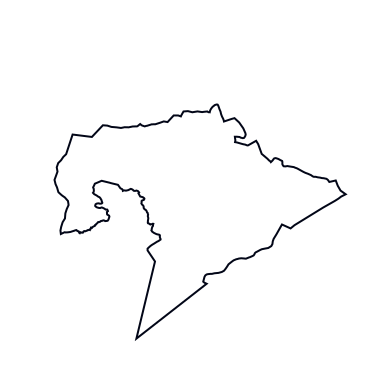 Huautla de Jiménez, Oaxaca, Mexico, rotated 63°
{"feature_id": "50627088B6515753474498", "entity_name": "Huautla de Jiménez", "entity_type": "district", "adm_level": 2, "iso_a3": "MEX", "parent_name": "Mexico", "parent_adm1": "Oaxaca", "projection": "orthographic", "projection_center": [-96.809, 18.147], "detail": "fine", "context": "isolated", "style": "outline", "palette": "ink", "viewbox_px": 384, "rotation_deg": 63, "n_neighbors": 0, "source": "geoboundaries", "source_scale": "gbopen_adm2", "svg_char_len": 5895}
<svg xmlns="http://www.w3.org/2000/svg" viewBox="0 0 384 384"><g transform="rotate(63 192 192)"><path d="M264.8,68.9L264.4,64.5L263.8,61.2L263.8,56.1L258.2,59.0L252.6,59.3L247.0,58.7L245.4,65.1L244.6,65.2L243.2,65.4L242.8,65.5L241.9,65.9L241.3,66.2L240.5,67.2L239.5,68.4L238.6,69.9L237.3,71.4L236.0,73.3L234.6,74.9L233.8,76.5L233.2,77.1L232.2,77.7L231.0,78.3L228.3,80.5L226.5,82.2L224.8,83.5L222.9,84.8L219.6,87.0L218.5,87.8L216.8,89.4L216.1,89.9L212.9,94.3L212.2,95.2L211.6,97.1L211.0,98.2L210.6,98.7L209.4,98.9L208.4,98.9L207.7,98.6L206.8,98.1L205.9,97.7L205.3,97.6L205.1,97.8L204.4,98.2L204.0,98.6L203.7,98.8L202.7,99.4L201.5,100.3L199.9,101.9L199.6,102.5L199.4,103.6L199.7,104.4L200.0,104.9L200.6,106.2L201.2,108.2L200.2,108.3L198.9,109.0L196.6,109.7L189.7,112.6L179.4,111.3L175.5,111.6L175.9,120.9L175.5,121.7L173.9,123.1L172.6,124.8L170.0,127.6L168.3,129.4L167.1,131.0L165.5,129.8L164.1,129.4L162.2,128.7L162.6,127.9L162.9,127.3L164.6,124.6L165.6,124.0L167.0,122.4L167.4,121.4L167.4,121.1L166.8,119.9L166.4,119.3L166.1,118.9L165.2,118.1L163.8,117.7L158.6,117.4L151.5,118.4L145.5,120.6L144.9,123.5L143.7,131.5L142.6,131.2L141.0,131.0L138.3,131.0L135.7,130.7L133.4,130.1L130.6,129.9L128.6,129.6L126.8,129.4L125.8,129.5L125.3,130.1L125.0,131.4L124.9,132.5L125.2,133.5L125.4,134.8L125.8,135.8L126.6,137.4L127.6,138.8L129.0,140.0L128.8,140.2L128.3,141.2L127.2,141.8L126.0,144.9L125.4,146.7L122.7,150.5L121.1,155.5L118.1,158.9L116.4,163.0L118.7,166.5L119.6,167.6L117.5,169.6L115.5,173.6L118.6,182.0L116.3,185.1L115.8,189.0L115.0,193.9L113.4,197.2L112.6,202.0L112.3,202.8L112.1,204.3L110.9,205.5L109.7,206.6L107.9,207.3L108.6,210.6L108.6,211.1L106.7,215.1L105.6,219.1L103.7,222.6L102.7,226.2L100.2,229.8L97.4,234.3L94.4,237.3L92.1,241.1L97.5,256.2L86.6,272.3L101.2,287.0L102.3,290.7L104.3,294.3L105.5,298.1L108.6,301.3L112.8,302.6L116.1,306.1L118.8,309.0L123.0,310.0L126.7,310.2L130.8,311.0L131.6,311.1L134.8,309.9L135.8,309.5L137.4,308.7L139.0,307.8L143.7,306.6L145.9,307.3L147.6,307.9L150.4,311.4L153.5,314.5L157.9,317.2L160.2,321.0L163.7,324.4L166.6,326.7L169.9,327.9L170.0,324.3L170.1,323.6L170.6,323.1L171.5,321.1L172.4,318.5L172.7,316.6L173.0,314.8L173.2,313.1L173.4,312.4L173.5,312.2L174.4,312.0L174.8,311.8L175.1,311.5L175.2,311.3L175.5,310.9L175.8,310.9L177.2,311.0L177.5,310.9L177.8,310.7L177.6,310.4L177.3,310.2L177.1,310.1L177.0,309.9L177.2,309.6L177.4,309.6L177.5,309.4L177.9,309.2L178.1,308.7L178.2,308.3L178.7,307.8L178.6,307.4L178.0,306.7L177.9,306.4L177.9,305.7L178.5,305.2L178.6,304.3L178.7,303.5L178.6,302.5L178.8,302.4L178.8,302.1L178.9,301.1L179.2,300.6L179.5,300.3L179.1,300.0L179.2,299.8L179.2,299.6L178.9,299.5L178.9,299.4L178.7,299.1L178.5,298.8L178.3,298.6L178.2,298.5L178.1,298.4L178.3,298.3L178.4,298.2L178.4,297.8L178.5,297.5L178.1,297.3L178.1,296.6L178.0,295.5L178.0,294.9L178.1,294.2L178.0,293.8L177.5,293.5L177.5,293.1L177.4,292.3L177.0,291.8L177.0,291.4L176.6,290.2L176.2,289.2L176.6,288.7L176.6,288.1L176.8,287.5L176.5,286.5L176.7,286.1L176.7,285.7L176.8,285.1L177.0,284.8L176.9,284.3L177.2,283.5L177.9,282.9L178.5,282.6L179.1,281.0L179.3,280.2L178.7,279.0L177.8,278.1L177.2,277.5L176.5,276.8L175.5,276.6L173.5,277.8L172.6,277.5L171.2,276.9L170.9,275.6L170.5,275.5L169.2,275.5L168.4,276.9L166.9,277.7L165.2,279.0L164.7,279.7L164.6,281.1L164.0,282.1L163.1,283.1L162.4,283.8L161.5,284.3L160.6,284.6L160.1,284.4L159.2,283.5L159.1,282.8L159.1,282.1L159.4,281.1L159.8,280.2L160.5,279.5L160.9,278.7L161.2,277.9L161.2,277.5L161.0,276.9L160.6,276.7L159.1,276.6L158.2,276.3L157.6,276.4L156.2,276.4L154.6,276.8L153.7,277.6L152.1,278.4L150.7,279.3L149.6,280.1L147.8,280.6L147.6,280.2L147.3,279.6L146.2,278.8L145.0,278.3L144.5,278.1L143.7,278.1L143.0,278.0L142.7,277.6L142.5,277.3L141.9,276.5L140.5,274.8L140.7,272.1L140.8,270.6L141.0,267.4L146.4,261.1L147.1,260.4L148.5,258.8L152.0,254.7L156.2,254.1L157.7,253.0L158.5,252.8L159.6,253.1L159.7,251.9L160.2,251.0L160.8,250.3L161.4,247.9L161.4,247.1L161.4,246.2L161.4,245.2L161.9,244.6L162.4,244.2L163.2,243.7L164.1,243.5L164.7,243.1L165.3,241.9L165.5,240.8L166.7,239.7L168.4,239.3L168.8,240.3L172.5,240.2L173.8,238.7L174.7,237.9L175.4,237.8L175.8,237.4L176.3,237.4L177.0,238.1L177.1,238.3L177.1,239.1L176.9,240.2L177.0,240.5L177.2,240.8L177.2,241.0L177.9,241.4L178.7,241.8L179.2,242.3L180.6,242.2L181.1,241.9L182.0,241.7L182.5,241.6L183.0,241.7L184.0,242.2L184.4,242.3L184.7,242.2L185.2,242.1L185.5,242.2L186.2,241.9L186.8,241.4L187.1,241.4L187.6,241.2L188.3,241.1L189.6,241.3L190.7,241.0L191.3,241.3L192.3,241.4L192.7,241.7L193.3,242.3L195.1,242.7L195.8,243.0L197.7,244.4L199.0,245.1L199.2,245.3L199.6,245.4L199.8,245.4L199.9,245.2L200.3,244.8L201.0,244.5L201.4,244.4L201.6,244.3L201.7,244.1L201.7,243.8L202.2,243.6L202.2,243.2L202.4,242.5L202.5,241.5L202.5,241.2L202.8,240.9L203.2,241.3L203.7,241.7L204.4,242.1L204.8,242.6L205.1,243.3L206.1,244.2L206.8,244.8L207.6,245.2L207.8,245.6L209.2,245.5L211.3,244.4L211.8,244.0L213.0,243.1L213.6,242.6L213.8,242.3L214.1,242.0L214.7,241.2L215.0,240.9L215.3,240.5L215.8,240.3L216.1,240.3L216.3,240.4L216.5,240.6L216.7,240.8L216.9,240.8L217.3,240.9L217.6,241.1L217.8,241.2L218.0,241.3L218.8,241.3L219.4,241.3L220.1,241.6L220.5,244.3L220.4,245.3L220.6,247.5L220.8,249.6L220.9,251.4L221.2,253.4L221.8,255.7L222.3,257.3L223.9,258.1L237.1,256.5L297.4,308.1L280.4,220.6L278.6,222.0L277.0,222.7L273.4,219.5L272.4,218.1L272.1,216.5L272.4,215.1L272.8,214.1L273.4,212.5L274.0,211.4L274.6,208.9L276.1,205.1L276.8,201.7L276.7,199.2L275.6,196.8L274.4,194.6L273.0,192.3L272.2,188.4L271.8,186.0L272.0,183.2L272.4,181.6L272.6,180.4L273.4,178.2L274.5,176.4L275.9,174.2L276.2,170.8L276.4,169.9L276.4,169.3L276.5,167.4L276.5,165.9L275.9,164.7L275.1,163.9L274.7,162.7L274.7,161.0L274.6,157.4L274.7,155.7L275.6,152.5L276.5,149.5L276.2,145.9L274.9,144.0L272.6,142.4L270.8,140.5L268.0,135.9L261.8,126.6L269.2,120.7L268.1,115.7L265.4,82.1L264.8,68.9Z" fill="none" stroke="#020617" stroke-width="2"/></g></svg>